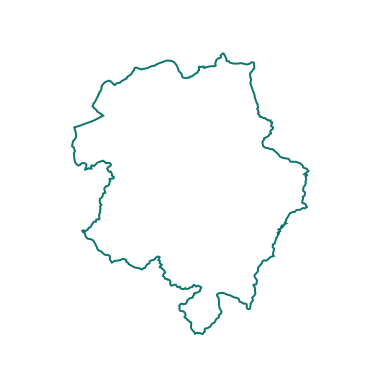 the district of Bealanana, Sofia, Madagascar, rotated 69°
{"feature_id": "10022922B56468572037030", "entity_name": "Bealanana", "entity_type": "district", "adm_level": 2, "iso_a3": "MDG", "parent_name": "Madagascar", "parent_adm1": "Sofia", "projection": "robinson", "projection_center": [48.911, -14.561], "detail": "fine", "context": "isolated", "style": "outline", "palette": "teal", "viewbox_px": 384, "rotation_deg": 69, "n_neighbors": 0, "source": "geoboundaries", "source_scale": "gbopen_adm2", "svg_char_len": 5986}
<svg xmlns="http://www.w3.org/2000/svg" viewBox="0 0 384 384"><g transform="rotate(69 192 192)"><path d="M55.6,199.8L56.1,201.6L56.5,202.1L57.5,202.2L58.5,204.5L59.5,205.4L60.6,207.6L61.1,210.5L62.0,212.2L62.6,212.3L63.2,217.8L64.2,220.3L63.5,222.3L63.7,223.9L64.4,225.2L64.3,226.1L59.6,228.2L58.1,230.1L58.4,234.3L60.2,237.7L61.1,238.1L61.5,239.0L63.3,239.5L65.1,241.4L65.4,242.5L66.7,243.0L67.4,244.6L68.5,245.0L69.9,246.9L72.2,249.2L73.9,251.4L74.1,252.4L75.2,252.8L76.1,254.1L77.2,253.9L81.6,251.8L83.0,251.6L86.6,248.9L88.9,247.6L90.1,258.0L89.9,273.2L89.5,278.8L94.8,279.2L98.2,280.1L100.0,281.3L101.9,284.8L106.2,287.6L107.8,286.5L111.9,286.6L113.4,288.4L117.8,289.7L122.3,290.4L124.5,289.9L126.5,288.6L126.7,287.0L125.8,285.4L125.7,283.4L127.6,280.9L128.6,280.8L130.3,281.6L132.7,283.7L133.0,282.6L132.8,280.2L134.2,277.5L132.3,277.3L131.2,275.9L132.7,274.2L130.7,269.9L130.7,266.1L131.0,264.7L130.8,264.1L132.2,262.9L134.0,262.2L135.2,258.7L136.9,257.8L138.1,258.3L138.7,259.8L138.6,260.9L139.7,262.8L142.7,262.5L143.5,261.9L143.7,260.7L144.3,260.5L147.0,260.3L147.8,260.9L150.1,259.6L151.1,260.2L151.1,260.7L150.3,263.7L150.4,264.4L152.2,264.2L153.5,265.8L155.2,266.4L156.2,268.6L155.9,270.3L157.0,272.3L158.2,273.0L161.3,273.0L161.7,273.4L161.5,275.5L163.6,276.8L164.9,278.7L165.5,280.5L167.9,281.6L169.6,281.9L171.6,281.2L172.4,283.0L174.8,283.3L175.4,284.2L178.0,284.9L178.5,285.9L179.9,286.5L180.2,287.1L184.0,288.0L184.1,289.0L183.5,290.2L183.7,291.6L184.4,291.6L185.2,292.4L184.7,294.2L186.5,297.3L188.1,298.6L188.6,300.2L188.4,301.2L189.8,302.9L190.3,305.7L188.9,307.0L188.9,308.3L190.1,308.2L192.2,306.8L195.4,307.2L197.4,306.5L198.4,305.9L199.9,303.2L202.1,301.4L209.3,300.6L211.7,300.7L212.9,300.2L214.4,298.5L219.2,296.0L221.0,292.7L222.1,291.8L223.4,291.8L225.2,292.9L229.2,292.1L228.6,288.9L229.9,283.9L229.6,280.7L230.3,279.3L232.0,277.7L233.5,278.4L235.3,277.0L236.6,277.0L242.0,272.5L244.7,268.0L246.3,266.6L246.4,266.0L245.7,265.0L246.1,263.4L243.4,259.8L243.5,258.2L243.2,257.2L241.8,256.6L241.2,255.1L241.7,251.7L240.0,248.1L240.1,246.9L240.5,246.1L241.4,245.6L243.5,247.8L244.9,246.7L246.5,247.7L249.2,246.3L249.9,248.5L250.4,249.0L251.1,248.8L251.6,247.8L253.5,247.1L254.2,246.4L257.6,245.8L257.8,247.0L259.0,248.6L260.4,249.2L261.4,248.3L263.4,248.2L264.1,246.6L265.3,246.1L265.7,244.7L267.9,244.2L269.8,245.3L271.5,245.3L272.2,244.1L272.4,241.3L272.8,240.3L275.4,239.7L275.8,239.4L276.1,237.2L277.9,237.2L279.3,235.7L279.6,234.4L279.4,232.6L280.5,232.0L281.0,230.6L280.5,227.1L280.8,225.5L280.0,224.9L279.4,223.7L280.0,222.8L281.7,222.1L281.5,220.6L281.8,219.7L284.0,217.7L284.6,217.6L286.2,219.5L287.2,220.0L287.8,222.6L287.5,224.7L287.6,226.6L288.6,226.6L289.5,228.2L290.8,229.3L290.4,231.7L291.5,235.4L292.3,235.7L294.1,237.7L293.7,240.4L292.8,241.1L292.5,242.8L293.5,244.7L294.7,244.6L296.2,245.6L298.3,245.8L299.4,244.7L300.4,242.6L303.6,241.7L305.2,242.5L305.8,243.8L306.6,243.7L308.1,242.6L309.4,242.4L310.4,241.3L312.0,240.9L313.5,239.5L318.5,241.6L320.0,241.5L324.2,239.9L325.3,240.1L325.3,237.4L326.1,236.9L326.4,235.4L328.4,233.1L326.4,229.8L325.3,229.8L324.5,229.0L324.2,227.9L324.8,226.0L324.3,224.9L324.3,223.3L322.3,220.7L321.8,217.7L319.3,214.9L318.6,212.0L318.1,211.4L316.7,211.2L315.6,208.1L314.6,207.9L314.1,207.3L310.2,207.9L308.5,207.6L300.8,205.1L297.8,205.8L296.5,205.2L296.2,202.3L297.4,199.0L301.3,194.9L302.0,193.5L304.9,191.0L307.6,187.3L308.9,186.6L311.4,186.9L313.0,185.0L314.5,184.1L315.4,182.1L316.5,181.2L319.5,182.2L320.9,182.1L321.6,181.3L321.6,179.5L317.0,177.1L314.7,173.7L312.3,173.8L311.1,171.0L309.4,169.1L307.7,168.9L304.5,167.6L300.9,168.0L300.7,167.1L301.3,165.7L301.1,164.9L297.9,163.1L296.8,163.1L293.8,164.0L292.1,163.5L289.8,159.0L286.2,157.3L284.0,153.1L281.6,150.4L281.6,149.6L282.7,147.0L280.8,141.8L281.0,138.6L280.1,138.9L278.7,138.5L274.5,135.7L272.2,136.4L271.1,135.6L270.0,135.4L269.8,133.4L265.1,129.8L264.6,128.7L262.5,127.0L262.3,126.1L261.0,126.5L261.1,125.4L260.4,125.4L260.1,123.7L258.0,124.7L257.8,124.0L258.2,122.8L257.9,121.7L257.2,121.6L257.2,120.9L256.2,121.1L255.8,120.6L256.0,120.0L255.5,119.8L255.6,119.4L256.5,119.0L255.8,118.4L255.7,117.7L255.2,117.6L255.1,115.7L254.6,116.3L254.2,115.8L253.6,116.0L253.4,115.2L251.7,114.2L247.0,108.2L246.7,105.4L247.4,103.2L246.6,101.6L246.4,100.4L247.3,97.5L246.7,94.4L247.7,92.3L247.0,89.2L246.9,89.9L246.1,90.4L244.2,90.4L243.4,90.7L242.0,92.7L240.8,92.8L237.6,90.4L236.3,90.4L235.7,88.2L233.8,87.0L232.6,86.7L230.7,87.8L228.1,86.6L227.4,86.0L226.1,83.9L224.7,82.7L223.4,82.6L221.1,80.9L218.4,80.4L217.7,78.6L216.8,78.7L216.3,80.4L215.7,81.0L214.1,75.7L211.5,76.7L208.9,79.4L207.1,79.2L204.1,80.7L201.0,84.3L199.0,89.2L195.7,89.9L192.4,95.4L190.3,97.3L187.6,97.9L180.9,101.4L179.9,103.9L178.5,104.9L177.3,107.3L174.9,109.1L171.7,108.7L170.2,108.0L168.6,105.6L167.7,105.4L167.2,100.6L166.0,99.1L165.9,97.7L165.2,97.0L164.1,97.5L163.0,96.7L162.4,95.8L162.2,94.3L161.4,93.3L160.5,93.3L158.8,94.5L157.1,93.3L156.2,92.2L155.7,92.2L155.5,93.1L154.0,93.3L153.5,93.0L153.2,94.0L152.1,94.9L152.1,95.6L150.9,96.2L150.1,97.1L149.1,97.4L148.6,98.8L146.4,100.6L146.5,101.3L144.9,101.7L144.5,101.5L143.9,102.0L142.4,102.3L141.5,101.1L137.7,101.3L136.9,100.1L132.8,99.3L131.8,99.7L126.6,99.5L123.9,98.9L111.6,98.6L108.1,96.5L104.6,96.2L102.2,95.4L98.8,89.5L94.5,88.1L92.9,88.3L92.2,90.5L92.9,91.9L92.7,94.9L89.2,100.2L88.4,103.6L86.8,107.6L84.6,110.4L83.0,110.8L82.5,112.3L81.8,112.7L79.7,112.2L76.8,112.4L74.4,112.8L73.7,113.4L74.7,116.3L76.6,116.6L76.8,117.0L76.7,119.6L77.5,122.0L80.6,124.4L82.5,124.6L82.7,126.0L81.7,127.9L81.1,130.5L80.6,134.1L80.8,135.7L80.3,136.3L79.0,136.1L78.4,139.2L77.5,140.4L77.8,140.9L80.8,141.7L81.3,143.2L82.6,144.1L82.7,146.4L84.1,150.8L83.5,152.1L84.3,153.6L83.8,154.3L83.7,156.5L81.9,159.5L80.2,159.9L78.6,159.4L77.1,159.7L74.4,161.0L70.9,160.8L67.5,161.1L64.4,162.2L62.3,164.1L60.2,168.4L60.0,177.4L60.6,181.9L60.0,184.7L60.4,189.4L59.5,193.6L59.5,195.2L55.6,199.8Z" fill="none" stroke="#0f766e" stroke-width="2"/></g></svg>